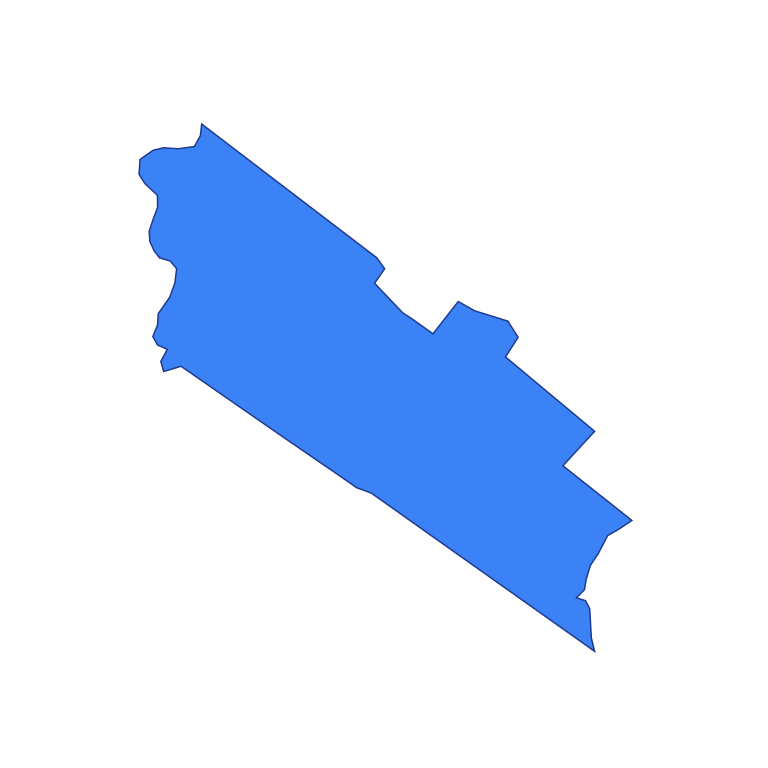 Vila Flores, Rio Grande do Sul, Brazil (Albers equal-area conic projection), rotated 218°
{"feature_id": "56859067B54992205336034", "entity_name": "Vila Flores", "entity_type": "district", "adm_level": 2, "iso_a3": "BRA", "parent_name": "Brazil", "parent_adm1": "Rio Grande do Sul", "projection": "albers", "projection_center": [-51.536, -28.86], "detail": "fine", "context": "isolated", "style": "filled", "palette": "blue", "viewbox_px": 768, "rotation_deg": 218, "n_neighbors": 0, "source": "geoboundaries", "source_scale": "gbopen_adm2", "svg_char_len": 862}
<svg xmlns="http://www.w3.org/2000/svg" viewBox="0 0 768 768"><g transform="rotate(218 384 384)"><path d="M667.5,372.2L663.1,359.8L656.2,352.1L646.8,347.3L638.4,345.2L628.3,349.3L618.4,347.2L611.0,334.9L606.3,320.4L605.2,300.5L598.7,290.9L595.4,279.1L586.5,275.3L576.0,277.9L573.8,264.4L565.3,258.2L554.9,273.0L430.4,280.1L354.2,284.8L341.9,285.4L326.8,290.2L53.5,303.0L64.3,311.6L83.6,333.6L91.7,337.3L100.7,334.0L99.4,345.3L104.6,354.9L109.7,368.3L110.7,381.9L114.4,402.3L109.2,415.3L104.7,429.1L192.7,429.7L188.9,476.4L304.9,480.1L307.1,503.4L325.1,509.8L357.6,497.5L376.3,494.7L376.3,453.7L401.2,452.6L413.2,451.6L453.5,457.6L454.4,475.2L467.3,479.0L687.7,476.6L681.6,466.7L679.6,454.4L691.0,442.6L703.1,434.5L709.9,425.9L714.5,410.8L706.1,398.4L695.6,394.7L678.7,393.2L671.2,383.9L667.5,372.2Z" fill="#3b82f6" stroke="#1e3a8a" stroke-width="1.5"/></g></svg>